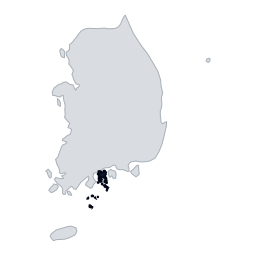 Yeosu-si, South Jeolla, South Korea shown in context
{"feature_id": "91817680B8944082307158", "entity_name": "Yeosu-si", "entity_type": "district", "adm_level": 2, "iso_a3": "KOR", "parent_name": "South Korea", "parent_adm1": "South Jeolla", "projection": "orthographic", "projection_center": [127.649, 34.449], "detail": "fine", "context": "in_parent", "style": "filled", "palette": "ink", "viewbox_px": 256, "rotation_deg": 0, "n_neighbors": 0, "source": "geoboundaries", "source_scale": "gbopen_adm2", "svg_char_len": 8006}
<svg xmlns="http://www.w3.org/2000/svg" viewBox="0 0 256 256"><path d="M68.4,50.2L69.5,49.5L69.5,48.3L69.6,44.6L72.5,42.1L76.6,36.8L78.6,34.0L80.9,31.3L83.6,29.5L86.2,28.6L90.2,28.3L98.0,28.7L99.6,28.4L105.0,28.1L106.3,28.6L110.2,28.8L114.6,28.5L116.8,27.7L118.8,26.4L120.6,24.0L122.4,19.5L124.3,16.0L125.4,15.4L133.6,33.9L141.4,45.8L148.0,54.4L157.7,71.0L160.6,79.9L161.0,85.5L162.7,93.1L161.4,97.5L161.9,104.4L161.4,107.9L160.3,110.6L160.3,115.6L160.8,118.3L160.9,121.8L161.6,123.2L162.7,123.7L164.5,122.4L166.6,121.8L166.3,126.1L163.9,136.9L161.8,144.9L158.9,151.8L155.1,158.1L150.4,160.7L147.2,161.6L140.9,162.0L135.7,161.0L131.2,161.8L129.4,163.1L128.1,165.4L129.1,168.8L129.0,171.4L127.1,171.2L123.2,169.7L119.0,169.6L117.0,168.8L115.0,165.2L113.0,165.3L109.5,167.5L104.1,168.0L102.2,169.2L101.5,170.7L102.3,172.6L105.0,175.2L104.1,177.7L101.3,179.0L99.0,175.8L97.6,172.8L96.0,172.6L93.5,173.5L93.0,176.8L94.1,179.1L96.0,181.7L93.3,184.7L92.6,186.9L90.7,188.4L85.5,185.0L86.3,182.5L88.5,180.2L88.8,177.7L88.1,176.3L80.7,182.4L76.0,189.4L73.6,188.8L72.6,187.0L71.2,186.3L66.2,190.8L65.2,194.3L63.4,194.4L62.6,192.9L62.6,189.7L61.8,186.9L56.7,182.9L54.4,179.4L55.7,177.5L60.0,178.6L63.4,178.5L62.7,176.8L61.6,176.0L63.9,175.1L65.8,173.2L64.2,172.7L61.8,173.8L59.9,173.2L59.1,168.6L56.8,163.9L55.6,159.4L58.0,156.8L59.3,152.8L61.5,146.9L62.7,145.0L65.7,143.7L66.8,142.2L65.1,141.4L62.5,140.6L62.6,139.0L64.4,138.0L66.4,136.2L70.4,134.0L71.6,129.7L70.5,128.6L68.1,127.6L68.6,125.4L69.7,123.8L69.3,122.8L66.5,119.9L64.6,117.4L65.2,114.5L64.8,110.1L65.1,106.4L65.0,104.4L63.7,99.9L63.1,95.4L61.2,96.0L59.8,97.1L54.5,95.5L52.8,95.4L52.2,92.0L54.2,87.9L58.7,84.4L61.3,83.9L63.2,82.4L66.2,81.9L69.8,84.4L73.1,84.9L74.8,89.2L75.9,90.1L76.2,88.5L78.8,86.7L79.5,85.3L78.9,84.6L75.9,83.8L73.2,78.5L72.9,76.2L71.9,74.7L73.4,70.5L70.3,65.7L68.8,64.1L69.1,59.8L67.5,57.1L66.6,55.5L66.1,52.9L66.6,51.8L68.0,51.3L68.4,50.2ZM55.8,239.7L54.2,240.6L52.8,240.1L52.4,239.6L50.7,237.2L50.2,236.0L51.4,233.7L56.3,229.9L68.8,226.3L71.0,226.2L75.9,227.8L76.9,230.8L76.0,233.3L74.8,235.0L69.1,237.9L64.7,239.2L55.8,239.7ZM139.2,174.3L136.0,176.9L131.6,173.5L130.5,171.6L133.8,168.8L136.6,165.6L138.4,165.3L139.2,174.3ZM116.1,174.2L115.7,178.2L113.3,178.4L111.8,175.8L110.3,177.1L109.5,177.1L108.3,173.9L108.1,171.3L110.9,169.4L112.6,170.5L115.1,171.1L116.1,174.2ZM53.2,192.0L51.0,192.6L49.8,191.1L48.9,190.7L49.5,188.9L53.1,185.2L53.8,184.0L57.1,184.8L58.3,186.7L56.7,189.7L53.2,192.0ZM64.7,52.1L64.5,57.6L62.7,57.3L61.4,56.7L60.9,55.7L59.7,50.5L61.2,48.5L63.8,50.2L64.7,52.1ZM51.3,176.9L50.8,177.9L49.4,177.6L47.9,174.7L47.3,172.4L45.8,171.2L48.2,169.2L51.3,172.8L51.3,176.9ZM60.6,103.8L60.1,106.4L57.9,104.6L57.4,98.7L59.6,100.5L60.6,103.8ZM209.7,61.3L208.2,62.5L206.4,61.4L206.2,60.1L207.0,58.9L209.2,58.2L210.2,59.1L209.7,61.3ZM71.0,193.3L71.6,195.3L68.8,194.9L67.4,192.9L67.6,191.3L69.2,191.1L71.0,193.3ZM107.0,182.1L106.6,183.4L104.9,181.5L106.6,179.3L107.0,182.1Z" fill="#d9dde1" stroke="#a8b0b8" stroke-width="1"/><path d="M98.1,172.9L98.0,173.2L97.6,173.6L97.6,173.9L97.9,174.2L98.2,174.2L98.3,174.1L98.8,174.2L98.7,174.5L99.0,174.8L99.2,175.3L98.9,175.3L99.2,175.5L99.3,175.7L99.2,176.0L99.0,175.8L98.9,175.8L98.9,175.7L98.8,175.8L99.0,176.0L99.4,176.0L99.5,175.9L99.5,175.7L99.8,176.2L99.6,176.5L99.8,176.5L99.9,176.8L99.7,176.7L99.6,177.0L99.4,177.0L99.5,177.2L99.2,177.4L98.8,177.3L98.9,177.6L98.6,177.8L98.4,178.0L98.5,178.1L98.6,178.6L98.7,178.3L98.9,178.2L98.9,178.5L99.2,178.4L99.4,178.6L99.5,178.9L99.3,178.6L98.9,178.7L98.7,178.7L98.7,178.8L98.5,179.0L98.5,179.4L98.9,179.6L98.8,179.8L98.7,179.8L98.6,180.0L98.6,180.3L98.9,180.5L99.4,181.4L99.6,181.5L99.3,181.0L99.3,180.8L99.6,180.6L99.8,180.6L100.7,181.0L101.0,181.3L101.0,181.5L101.4,181.4L101.4,181.6L101.7,181.6L101.5,181.2L101.3,181.3L101.2,181.2L101.3,181.2L101.5,180.9L101.3,180.9L101.5,180.8L101.6,180.6L101.3,180.6L101.2,180.7L101.2,180.4L101.3,180.3L101.2,180.2L101.4,180.2L101.3,179.9L101.0,179.5L100.9,179.6L100.8,179.3L100.8,179.2L100.9,179.3L101.0,179.4L101.5,179.3L101.3,179.2L101.3,179.3L101.0,179.1L101.0,178.8L101.1,178.7L100.9,178.6L100.7,178.3L100.9,178.2L101.1,177.8L101.1,178.1L101.3,178.2L101.5,178.3L101.6,178.2L101.4,177.8L101.5,177.8L101.5,177.5L101.8,177.3L101.9,176.9L102.1,176.6L102.1,176.4L102.3,176.3L102.3,176.5L102.5,176.7L102.9,177.2L103.4,177.5L103.6,177.7L104.7,177.3L104.7,177.2L104.8,177.0L105.4,177.0L105.4,176.8L105.3,176.6L105.4,176.4L105.5,176.4L105.4,176.2L105.4,175.9L105.1,175.4L105.4,175.2L105.5,175.0L105.5,174.5L105.7,174.4L105.9,174.4L105.8,174.0L106.0,173.9L105.9,173.6L106.1,173.6L105.9,173.5L105.9,173.1L106.2,172.9L106.2,172.1L106.0,171.9L105.8,171.8L105.3,171.9L104.9,171.9L105.1,172.3L104.8,172.1L104.6,171.9L103.9,172.0L103.6,171.9L103.4,171.8L102.9,172.5L102.5,172.8L102.2,172.6L101.5,173.3L101.2,173.2L101.1,172.8L101.1,172.7L101.3,172.8L101.4,172.5L101.0,172.6L100.7,172.2L100.5,172.4L100.3,172.3L100.3,172.0L99.8,171.4L99.8,171.2L100.2,171.0L100.1,170.8L99.6,171.0L98.5,170.9L98.2,171.2L98.7,171.7L98.7,172.1L98.5,172.5L98.1,172.9ZM105.5,177.3L104.9,177.2L104.8,177.3L105.0,177.5L105.2,178.0L105.3,178.0L105.5,178.3L105.4,178.7L105.6,178.9L105.5,179.0L105.2,179.6L105.0,180.0L104.5,180.4L104.3,180.9L104.4,181.2L104.4,181.4L104.1,181.6L104.1,182.0L104.3,182.2L104.6,182.2L105.0,182.3L105.2,182.8L105.9,183.1L106.9,183.3L107.1,183.1L107.1,182.7L106.7,182.7L106.6,182.4L106.7,182.1L106.7,181.7L106.9,181.6L106.8,180.7L106.9,180.3L106.8,180.0L106.2,179.4L106.4,179.1L106.3,178.9L106.3,178.5L106.5,178.5L106.6,178.2L106.5,177.9L105.5,177.3ZM106.2,185.8L105.7,185.4L105.6,185.2L105.2,184.8L104.5,184.9L103.9,185.4L103.6,185.4L103.6,185.6L104.0,185.7L104.4,186.0L104.6,185.7L104.7,185.8L104.5,186.2L104.5,186.4L104.9,186.4L104.9,186.5L104.7,186.8L105.1,186.9L105.3,186.8L105.8,187.1L105.9,187.3L106.7,187.4L106.8,187.2L106.5,186.6L106.1,186.7L106.4,186.4L106.5,186.3L106.2,185.8ZM104.4,170.4L104.1,170.3L103.6,170.5L103.3,171.0L103.6,171.3L103.7,171.5L104.1,171.4L104.2,171.6L104.3,171.6L104.6,171.4L105.2,171.4L105.3,171.2L105.1,170.6L104.8,170.5L104.7,170.5L104.4,170.4ZM90.9,207.3L90.2,206.8L90.0,206.4L89.7,205.6L89.4,205.3L89.3,205.7L89.2,206.5L89.3,207.0L90.0,207.5L90.4,207.6L90.9,207.3ZM88.5,198.6L88.6,197.8L88.3,197.3L87.3,198.2L87.1,198.9L87.8,199.0L88.5,198.6ZM101.3,171.5L100.6,172.0L100.9,172.5L101.5,172.5L101.4,172.9L101.1,172.9L101.1,173.0L101.4,173.2L102.2,172.6L101.3,171.5ZM102.5,183.5L102.1,183.4L102.0,183.6L101.7,183.5L101.5,184.0L102.0,184.6L102.5,184.4L102.7,184.6L102.8,184.4L102.8,184.0L102.6,183.8L102.5,183.5ZM107.2,188.9L107.3,188.7L107.2,188.6L106.9,188.6L106.8,188.8L106.9,189.0L107.0,189.3L106.7,189.6L106.6,189.8L106.9,189.8L106.6,190.1L106.5,190.4L106.6,190.5L106.9,190.4L107.0,190.6L107.1,190.4L107.3,190.3L107.3,190.0L107.2,189.9L107.4,189.7L107.4,189.2L107.6,188.9L107.4,189.0L107.2,189.0L107.2,188.9ZM91.1,206.4L91.2,205.9L91.0,205.6L90.7,205.3L90.0,205.2L90.2,205.6L90.5,205.8L90.6,206.0L90.6,206.4L90.9,206.6L91.1,206.4ZM98.5,182.0L98.3,182.1L98.2,182.2L97.9,182.2L97.5,182.1L97.5,182.3L97.6,182.6L98.1,182.4L98.1,182.7L98.0,182.9L98.3,182.9L98.4,183.0L98.5,182.9L98.5,182.7L98.9,182.6L98.9,182.3L98.8,182.1L98.5,182.2L98.5,182.0ZM93.4,196.2L93.4,195.8L93.2,195.5L92.5,195.3L92.5,195.7L92.9,196.1L93.0,196.4L93.4,196.2ZM107.9,187.0L107.8,186.9L107.7,187.1L107.3,187.2L107.2,187.3L107.0,187.5L106.9,187.6L106.9,187.9L106.7,187.7L106.6,187.8L106.9,187.9L106.9,188.0L107.1,188.1L107.1,187.9L107.3,187.6L107.4,187.9L107.4,188.0L107.6,187.8L107.8,187.9L107.8,187.7L107.5,187.3L107.9,187.0ZM92.1,196.2L92.2,195.7L92.1,195.4L91.8,195.5L91.4,195.9L91.4,196.1L91.8,196.5L92.1,196.2ZM95.5,198.1L95.4,197.5L95.3,197.2L95.0,197.4L94.7,197.5L95.1,197.9L95.1,198.2L95.7,198.5L95.5,198.1ZM98.2,197.1L98.3,196.8L98.0,196.5L97.6,196.5L97.6,197.3L98.0,197.4L98.2,197.1ZM104.9,178.4L104.6,178.2L104.7,177.8L104.3,177.9L104.3,178.4L104.8,178.6L104.9,178.4ZM92.5,207.6L92.5,206.7L92.3,206.7L92.4,206.9L92.3,207.8L92.5,207.6Z" fill="#0f172a" stroke="#020617" stroke-width="1.5"/></svg>